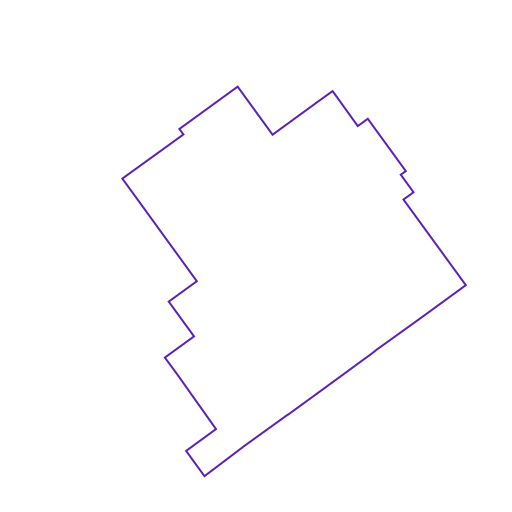 outline of Fallon, Montana, United States of America, rotated 54°
{"feature_id": "52423323B16116939849770", "entity_name": "Fallon", "entity_type": "district", "adm_level": 2, "iso_a3": "USA", "parent_name": "United States of America", "parent_adm1": "Montana", "projection": "robinson", "projection_center": [-104.352, 46.283], "detail": "fine", "context": "isolated", "style": "outline", "palette": "violet", "viewbox_px": 512, "rotation_deg": 54, "n_neighbors": 0, "source": "geoboundaries", "source_scale": "gbopen_adm2", "svg_char_len": 567}
<svg xmlns="http://www.w3.org/2000/svg" viewBox="0 0 512 512"><g transform="rotate(54 256 256)"><path d="M167.5,115.7L167.6,171.3L108.2,171.3L108.2,243.3L115.0,243.3L114.8,318.6L241.6,318.7L241.6,353.4L284.6,353.4L284.6,389.4L306.1,389.3L372.5,390.1L372.6,427.1L403.8,427.1L403.3,400.1L402.8,376.7L403.0,324.0L403.2,323.5L403.1,257.4L403.0,238.5L403.0,231.1L403.0,220.4L402.7,213.2L403.0,159.5L403.0,146.3L402.9,103.4L297.0,103.5L297.0,91.1L275.3,91.1L275.4,84.9L210.7,84.9L210.7,97.3L167.6,97.1L167.5,115.7Z" fill="none" stroke="#5b21b6" stroke-width="2"/></g></svg>